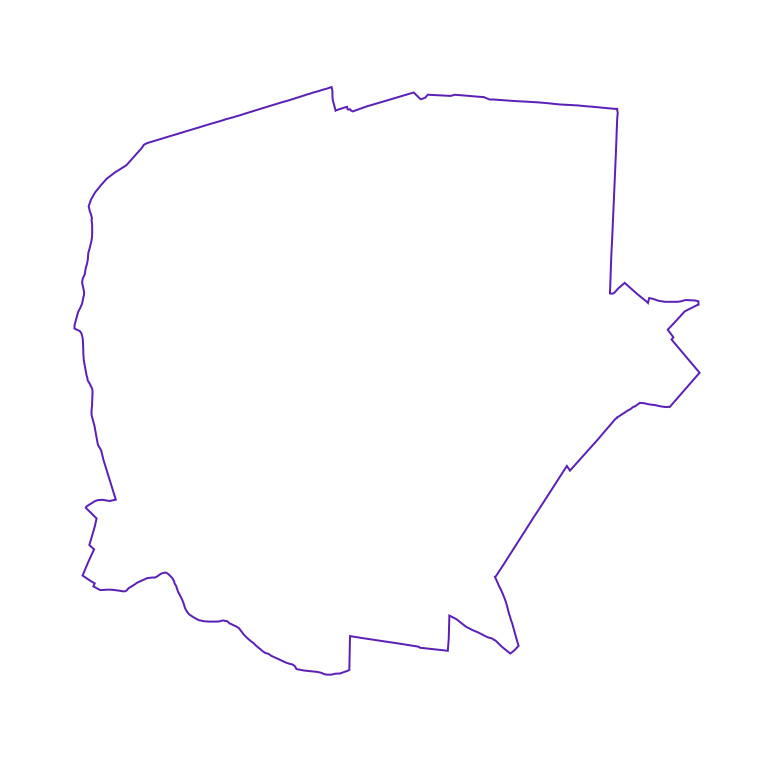 outline of PIR, Satu Mare, Romania, rotated 95°
{"feature_id": "2599482B75880173618768", "entity_name": "PIR", "entity_type": "district", "adm_level": 2, "iso_a3": "ROU", "parent_name": "Romania", "parent_adm1": "Satu Mare", "projection": "natural_earth1", "projection_center": [22.392, 47.465], "detail": "fine", "context": "isolated", "style": "outline", "palette": "violet", "viewbox_px": 768, "rotation_deg": 95, "n_neighbors": 0, "source": "geoboundaries", "source_scale": "gbopen_adm2", "svg_char_len": 5472}
<svg xmlns="http://www.w3.org/2000/svg" viewBox="0 0 768 768"><g transform="rotate(95 384 384)"><path d="M611.0,655.9L614.0,648.8L613.6,645.4L613.1,642.5L612.8,639.2L612.7,637.7L612.7,635.7L613.0,629.3L613.3,625.9L613.2,624.8L613.0,623.7L612.5,622.9L611.7,622.0L611.1,621.6L610.3,621.1L609.9,620.9L609.4,620.2L605.4,614.9L603.6,612.8L598.1,603.1L597.0,598.2L596.9,596.3L596.8,595.6L596.5,594.9L595.6,593.4L594.8,592.4L594.1,591.6L593.3,590.6L592.8,590.0L592.0,588.6L591.3,587.0L591.0,585.6L590.9,584.9L591.3,583.8L592.4,581.9L593.9,580.1L595.7,578.1L596.5,577.4L596.9,577.2L597.7,576.7L598.4,576.1L598.8,575.8L599.7,575.7L601.0,575.2L603.3,573.5L604.2,573.1L605.9,572.4L607.0,571.9L607.6,571.6L609.0,571.0L611.5,569.4L613.9,567.8L616.1,566.5L617.4,565.8L619.2,564.9L620.6,564.3L623.1,563.3L624.5,562.7L625.7,562.0L626.7,561.4L628.1,560.2L629.1,559.4L630.2,558.3L630.6,557.8L631.1,557.0L631.4,556.3L631.7,555.8L632.6,554.2L634.3,550.5L635.0,548.9L635.5,547.4L635.6,545.8L635.9,544.2L636.0,542.2L636.0,540.9L636.0,539.4L636.0,537.9L635.8,535.9L635.6,533.6L635.4,531.8L635.3,530.4L635.1,528.9L634.8,527.2L634.3,525.9L633.9,524.9L633.6,523.1L633.8,521.7L633.9,519.9L634.4,519.0L634.9,518.2L635.9,517.1L636.4,515.4L637.2,513.5L637.7,512.0L638.3,510.4L639.1,508.7L639.8,507.3L644.1,503.4L645.7,502.0L648.6,498.6L651.7,494.4L652.8,492.6L653.6,491.3L654.1,490.7L655.7,488.8L658.3,485.1L659.0,483.9L659.7,483.1L660.7,481.7L662.1,479.2L662.6,477.4L662.7,476.1L663.9,473.6L664.6,472.7L665.1,471.2L665.6,469.9L670.1,457.3L671.1,453.1L671.3,451.0L672.1,449.3L673.1,447.9L675.4,446.6L675.9,445.0L675.9,443.0L676.3,440.4L676.4,437.7L676.5,435.0L676.6,425.8L677.1,421.6L678.0,419.0L678.5,416.6L678.4,414.1L678.2,411.6L677.6,409.4L676.9,407.4L676.6,405.6L676.2,402.5L674.5,398.9L672.9,395.2L671.8,393.6L666.2,394.0L642.3,395.6L638.1,395.8L638.9,384.9L640.2,364.0L641.3,345.7L642.7,326.6L643.6,325.2L643.8,314.8L644.2,297.2L632.2,297.3L609.0,298.7L612.0,291.3L616.1,285.1L618.5,281.4L619.1,280.1L621.5,274.2L623.1,269.0L626.6,260.5L627.3,258.5L628.2,253.8L629.1,252.5L629.8,250.6L635.5,243.7L641.5,234.7L638.3,231.2L636.3,229.6L633.1,227.1L631.7,227.7L625.8,230.0L611.6,235.3L610.3,235.8L609.3,236.4L608.0,237.0L605.7,237.8L604.0,238.5L602.7,239.2L601.2,239.7L595.9,241.6L594.7,241.9L591.9,243.1L590.3,243.7L588.8,244.4L587.3,245.1L586.2,245.6L581.8,247.9L577.5,250.3L575.1,252.0L573.5,252.7L566.4,256.7L565.9,256.0L565.1,255.4L553.3,249.1L534.9,239.5L516.7,230.0L505.1,224.0L493.2,217.6L468.0,204.3L460.3,200.3L449.7,194.7L454.1,191.2L448.2,186.8L438.3,179.4L421.0,166.4L411.8,159.9L398.6,150.4L397.5,148.9L397.0,149.0L395.4,146.7L390.1,140.0L388.7,138.2L388.2,137.2L387.0,135.7L385.0,133.7L384.8,133.1L384.8,132.6L380.5,127.4L380.5,122.7L381.0,119.7L381.3,116.1L381.4,111.8L381.9,108.7L382.2,105.9L382.4,102.5L382.3,100.3L381.9,98.6L382.1,97.4L369.4,88.2L345.3,70.6L314.7,101.4L312.2,99.8L305.2,106.1L295.2,98.2L285.4,90.7L278.0,78.8L277.7,77.6L274.2,78.1L273.7,81.6L274.0,89.4L274.0,90.8L275.7,95.3L276.5,98.4L277.6,110.9L277.5,113.5L277.2,117.7L276.3,121.2L275.7,123.7L275.3,127.3L280.2,128.1L279.7,128.6L275.9,134.2L272.8,138.9L267.1,146.6L262.3,153.0L265.2,155.9L268.4,159.0L271.6,161.4L273.2,162.7L273.9,163.6L274.1,166.1L274.1,166.8L235.3,168.8L220.9,169.3L184.2,170.9L134.1,173.1L100.0,174.8L93.1,174.8L92.7,175.0L91.1,175.5L89.6,175.7L89.8,178.0L89.7,192.2L89.6,201.5L89.7,205.0L89.6,215.2L90.2,233.3L90.0,244.9L90.0,254.8L90.3,265.9L90.7,276.9L91.0,296.2L91.0,298.6L91.4,303.5L90.5,306.5L89.5,309.5L89.6,317.3L89.6,328.0L89.7,338.7L91.2,342.7L92.0,365.6L95.2,367.9L97.1,371.9L96.4,373.3L91.0,379.8L99.9,402.3L107.1,420.6L108.7,424.8L115.2,438.9L114.6,440.4L114.1,441.0L113.4,441.5L113.3,442.2L113.6,442.8L113.7,443.8L113.3,444.3L112.1,444.7L111.1,445.0L111.6,446.3L112.4,448.3L115.5,455.5L115.9,456.0L105.8,459.7L102.1,460.4L96.8,460.9L95.8,461.1L94.5,461.6L93.2,462.0L92.8,462.1L93.1,462.9L94.1,465.2L95.0,467.3L95.7,469.4L96.7,471.9L97.9,474.6L99.5,479.0L99.9,480.1L101.6,484.0L102.0,485.2L102.6,486.6L103.4,488.4L109.4,502.8L112.9,511.9L120.8,531.4L125.5,542.9L127.5,547.8L128.7,550.5L129.7,553.1L130.0,554.0L130.6,555.4L131.1,556.5L132.1,559.3L133.4,562.9L133.7,563.7L133.8,564.1L135.4,567.7L135.7,568.6L136.3,569.9L138.0,574.3L140.5,580.8L149.7,603.7L157.2,622.4L159.5,628.1L164.0,639.3L164.7,641.0L165.7,642.6L166.1,643.4L166.7,644.1L168.6,645.1L169.2,645.4L169.9,645.9L173.4,648.4L176.3,650.6L186.5,658.2L187.6,659.0L188.6,659.8L196.7,670.5L203.6,678.1L210.2,683.0L218.3,688.5L222.0,690.2L225.7,691.9L232.7,693.7L237.9,692.0L240.2,690.8L244.6,689.3L245.6,689.7L250.3,688.7L258.6,687.9L262.7,687.7L264.8,687.8L266.8,687.9L270.3,688.4L275.9,689.3L279.0,690.0L285.6,689.9L290.0,690.3L294.3,691.2L300.8,691.7L305.7,693.4L309.3,693.6L316.0,691.5L318.9,690.7L321.0,690.6L326.2,691.3L330.3,691.8L334.3,693.1L339.0,695.0L352.3,697.4L355.7,697.2L356.4,695.4L357.7,691.8L359.8,689.9L362.5,688.9L364.2,688.3L368.0,687.6L370.9,687.2L380.3,686.1L386.6,685.1L397.9,682.0L401.2,681.1L403.6,680.1L406.0,679.6L406.8,679.1L408.9,677.5L409.0,677.4L410.2,676.7L414.2,674.3L415.0,674.0L417.4,673.7L423.9,673.3L430.4,673.0L436.9,673.0L440.5,672.6L451.2,668.7L459.4,666.5L469.5,663.7L474.7,660.0L483.7,657.0L522.6,641.1L524.5,647.3L523.9,654.3L524.6,658.9L525.9,661.8L528.2,664.8L531.7,669.5L533.3,670.3L543.0,658.6L551.7,659.8L563.2,662.1L570.1,663.5L574.0,658.4L587.9,663.4L595.2,665.7L601.1,667.6L606.0,658.7L607.8,654.8L611.0,655.9Z" fill="none" stroke="#5b21b6" stroke-width="2"/></g></svg>